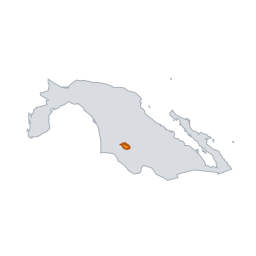 Ramos Arizpe, Coahuila, Mexico (highlighted), rotated 165°
{"feature_id": "50627088B1488755030545", "entity_name": "Ramos Arizpe", "entity_type": "district", "adm_level": 2, "iso_a3": "MEX", "parent_name": "Mexico", "parent_adm1": "Coahuila", "projection": "natural_earth1", "projection_center": [-101.014, 25.924], "detail": "fine", "context": "in_parent", "style": "filled", "palette": "amber", "viewbox_px": 256, "rotation_deg": 165, "n_neighbors": 0, "source": "geoboundaries", "source_scale": "gbopen_adm2", "svg_char_len": 5143}
<svg xmlns="http://www.w3.org/2000/svg" viewBox="0 0 256 256"><g transform="rotate(165 128 128)"><path d="M38.5,61.5L53.2,60.1L52.5,61.7L75.3,70.5L92.7,70.5L92.7,67.1L103.5,67.2L105.3,69.6L112.8,76.1L114.5,81.5L115.9,83.6L122.9,87.9L125.2,86.3L126.9,82.3L129.0,81.4L134.1,82.1L138.3,86.6L141.2,92.9L146.1,98.8L146.4,102.5L148.6,107.0L159.4,111.3L160.8,110.7L157.6,122.4L156.6,136.5L157.1,139.5L160.0,143.5L159.4,145.7L159.5,143.5L157.2,140.1L157.9,143.2L160.8,149.8L165.5,156.2L166.5,160.1L169.8,164.1L168.9,164.0L170.8,165.0L170.2,164.4L173.6,164.9L176.0,166.3L178.2,168.9L183.9,166.9L188.1,166.6L190.9,165.1L193.8,164.8L194.4,165.4L194.2,166.2L196.6,166.7L198.3,165.5L197.8,163.4L197.0,163.9L197.2,163.5L201.6,160.0L201.8,157.2L203.0,155.6L203.0,151.0L203.8,147.7L207.1,145.7L213.0,144.6L215.5,143.5L218.4,143.2L223.2,144.4L223.6,143.7L222.3,143.6L223.9,143.1L225.9,144.6L226.3,146.6L225.4,149.3L222.3,153.5L222.3,156.2L220.8,157.9L221.0,158.5L222.4,158.3L221.0,160.0L221.0,160.7L222.0,160.5L220.2,167.5L219.7,168.1L218.7,166.5L218.4,163.9L217.1,166.6L215.7,166.8L213.9,170.4L211.9,170.3L211.7,171.5L200.2,171.5L200.2,175.7L197.5,175.7L203.9,182.1L203.8,184.5L195.6,184.5L192.7,190.4L193.5,191.9L192.5,195.9L186.6,189.2L181.8,184.6L178.8,182.9L178.5,183.4L181.2,184.9L177.0,183.5L177.3,182.4L176.2,182.9L175.5,181.9L174.7,183.0L176.1,183.5L174.0,183.7L171.9,185.2L165.3,187.6L161.0,185.7L157.4,185.3L155.0,183.5L152.5,182.8L151.0,181.1L145.1,179.7L137.8,176.1L133.0,172.7L131.0,170.4L126.1,169.7L121.4,167.7L118.4,163.9L112.0,160.4L108.6,155.4L107.4,152.3L110.0,150.9L109.6,149.6L108.4,149.2L110.2,146.8L110.4,144.1L109.0,143.1L107.6,140.4L107.7,137.8L106.8,135.6L103.0,131.3L99.7,126.2L94.6,121.8L96.1,122.6L96.2,121.7L93.5,120.7L91.5,117.2L92.9,117.3L88.9,115.0L88.3,113.8L86.8,114.2L86.6,113.7L87.8,112.4L85.8,113.4L84.7,112.4L84.4,110.1L85.9,108.1L86.4,108.5L85.4,106.4L84.2,105.0L82.5,105.1L81.4,102.3L79.3,101.7L78.1,100.5L77.3,98.0L77.9,96.4L74.2,95.6L68.0,87.8L67.7,85.9L66.7,85.3L62.8,75.6L62.6,72.6L63.0,71.6L59.5,70.4L58.8,68.8L57.6,68.2L56.4,69.2L51.7,66.2L52.5,68.1L51.8,71.8L52.8,74.7L53.5,80.3L58.3,85.2L59.7,88.5L60.5,88.3L60.8,89.3L61.5,89.4L62.1,91.6L63.5,92.2L64.2,96.7L66.7,99.0L67.5,101.5L68.6,102.3L69.4,105.3L70.4,106.0L69.9,103.8L71.2,105.1L72.8,111.9L74.4,113.9L76.4,118.8L76.1,120.9L76.5,122.8L78.3,124.6L79.0,122.7L84.1,129.2L83.6,131.6L81.6,133.4L80.4,133.6L78.3,128.3L70.2,121.2L69.4,121.3L67.8,119.0L67.5,117.5L68.0,114.2L67.3,111.0L66.1,108.8L62.2,106.0L61.4,103.3L60.7,104.4L58.6,105.0L57.2,103.1L53.5,101.2L53.0,99.7L50.2,97.4L50.0,96.6L52.9,97.0L54.5,96.4L54.5,97.1L55.9,97.8L55.4,96.0L54.8,95.9L56.2,92.2L51.0,85.3L46.6,82.3L45.8,80.7L45.8,78.2L44.8,77.3L44.5,74.4L43.1,73.2L42.9,71.4L41.0,68.7L40.7,67.5L41.4,66.6L40.0,65.5L38.5,61.5ZM67.7,87.9L67.2,89.6L65.8,89.1L66.4,86.4L67.3,86.1L67.7,87.9ZM61.9,87.5L59.8,85.6L59.3,83.6L60.4,84.3L60.6,85.4L61.7,85.7L61.9,87.5ZM225.4,152.9L224.8,152.3L225.1,151.5L226.4,150.9L225.4,152.9ZM67.8,121.2L66.4,119.4L67.3,115.7L67.0,119.0L67.8,121.2ZM49.2,94.9L48.1,94.6L48.9,92.6L49.4,94.1L49.2,94.9ZM30.5,88.4L29.6,87.1L29.8,86.5L30.1,86.5L30.5,88.4ZM69.1,121.3L69.9,122.7L68.1,121.3L69.1,121.3ZM102.3,143.2L102.1,143.8L101.6,143.5L101.4,142.5L102.3,143.2ZM77.0,117.5L77.4,118.7L76.4,117.2L77.0,117.5ZM73.5,110.1L74.1,110.6L73.2,111.6L73.5,110.1ZM74.2,164.6L73.8,164.8L73.3,164.3L73.7,163.7L74.2,164.6ZM195.9,164.8L194.8,165.1L196.6,164.5L195.9,164.8ZM81.9,123.9L81.4,123.8L81.3,122.7L81.9,123.9Z" fill="#d9dde1" stroke="#a8b0b8" stroke-width="1"/><path d="M137.2,114.2L137.3,114.1L137.5,114.2L137.8,114.1L138.2,114.0L138.3,114.0L138.3,113.9L138.5,113.9L138.8,113.9L139.0,113.9L139.0,114.0L139.3,114.0L139.7,114.0L139.7,113.9L139.4,113.8L139.2,113.8L139.2,113.7L138.9,113.6L138.7,113.6L138.6,113.3L138.5,113.2L138.2,113.1L138.1,112.7L138.0,112.4L137.9,112.2L137.7,111.7L137.8,111.4L137.9,111.2L137.8,110.8L137.6,110.8L137.4,110.7L137.4,110.3L137.3,109.8L137.2,109.7L137.0,109.4L136.9,109.3L136.8,109.2L136.6,109.2L136.4,108.9L136.1,108.9L136.1,109.0L135.9,108.7L135.7,108.6L135.4,108.3L135.4,108.2L134.9,108.0L134.7,108.1L134.5,108.3L134.2,108.4L133.9,108.2L133.7,107.8L133.3,108.4L133.2,108.3L132.9,108.1L132.7,107.9L132.6,107.4L132.5,108.1L132.4,108.1L132.2,108.0L131.8,107.9L131.9,108.7L131.4,108.7L131.4,108.8L131.3,109.4L131.8,109.5L131.8,110.0L132.0,110.5L131.7,110.6L131.8,110.8L131.9,111.0L132.0,111.1L132.0,111.4L132.1,111.8L132.1,111.5L132.6,111.6L132.9,111.8L133.0,111.8L133.2,111.4L133.1,111.2L133.4,111.4L133.6,111.3L133.7,111.5L133.8,111.5L133.2,111.8L133.1,112.2L133.2,112.6L133.8,112.6L134.0,112.6L133.9,112.5L133.8,112.3L133.7,112.2L134.4,112.2L134.3,112.4L134.3,112.5L134.2,112.7L134.1,112.8L134.0,113.0L134.0,112.9L133.9,113.0L134.1,113.1L134.3,113.3L134.3,113.1L134.5,113.1L134.6,112.9L134.7,113.0L134.8,113.1L135.4,113.2L135.5,113.2L135.6,113.3L135.4,113.5L135.2,113.8L135.4,113.9L135.2,113.9L135.2,114.1L134.8,114.3L135.0,114.4L135.1,114.5L135.3,114.5L135.5,114.5L135.8,114.3L136.0,114.3L136.2,114.2L136.3,114.1L136.5,114.1L136.8,114.0L137.0,114.1L137.1,113.9L137.2,114.0L137.2,114.2Z" fill="#f59e0b" stroke="#b45309" stroke-width="1.5"/></g></svg>